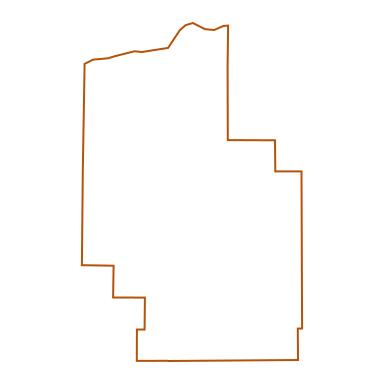 outline of Morrow, Oregon, United States of America
{"feature_id": "52423323B45995509700090", "entity_name": "Morrow", "entity_type": "district", "adm_level": 2, "iso_a3": "USA", "parent_name": "United States of America", "parent_adm1": "Oregon", "projection": "orthographic", "projection_center": [-119.627, 45.46], "detail": "fine", "context": "isolated", "style": "outline", "palette": "amber", "viewbox_px": 384, "rotation_deg": 0, "n_neighbors": 0, "source": "geoboundaries", "source_scale": "gbopen_adm2", "svg_char_len": 538}
<svg xmlns="http://www.w3.org/2000/svg" viewBox="0 0 384 384"><path d="M298.0,360.0L297.8,328.6L302.1,328.5L301.5,171.4L275.3,171.4L275.0,140.3L227.8,140.1L227.6,67.6L228.1,25.6L223.5,25.9L214.1,30.0L204.8,29.1L192.9,23.0L185.6,25.2L179.8,30.2L168.1,47.9L142.0,52.0L134.5,51.3L117.9,55.4L117.9,55.5L115.9,55.9L108.0,58.3L93.2,59.6L84.6,63.8L82.8,170.9L81.9,265.2L113.6,265.7L113.1,297.5L144.9,297.6L144.6,329.5L136.9,329.5L136.9,334.4L136.8,360.9L167.3,360.8L168.6,361.0L298.0,360.0Z" fill="none" stroke="#b45309" stroke-width="2"/></svg>